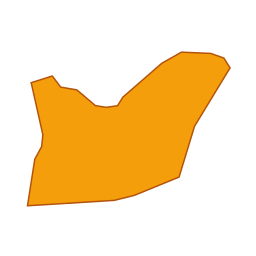 map outline of Naklo (Mercator projection), rotated 265°
{"feature_id": "SVN-1015", "entity_name": "Naklo", "entity_type": "Municipality", "adm_level": 1, "iso_a3": "SVN", "parent_name": "Slovenia", "parent_adm1": "", "projection": "mercator", "projection_center": [14.309, 46.29], "detail": "fine", "context": "isolated", "style": "filled", "palette": "amber", "viewbox_px": 256, "rotation_deg": 265, "n_neighbors": 0, "source": "natural_earth", "source_scale": "10m", "svg_char_len": 421}
<svg xmlns="http://www.w3.org/2000/svg" viewBox="0 0 256 256"><g transform="rotate(265 128 128)"><path d="M181.6,35.5L186.4,57.1L174.6,64.5L170.4,80.4L153.1,97.5L150.5,108.2L151.1,119.5L159.2,125.6L189.6,167.4L198.9,187.9L195.1,216.9L189.3,229.6L179.0,234.9L123.9,194.4L74.7,174.6L60.3,128.3L57.1,107.9L59.3,21.1L105.0,32.4L117.1,40.4L128.7,42.6L181.6,35.5Z" fill="#f59e0b" stroke="#b45309" stroke-width="1.5"/></g></svg>